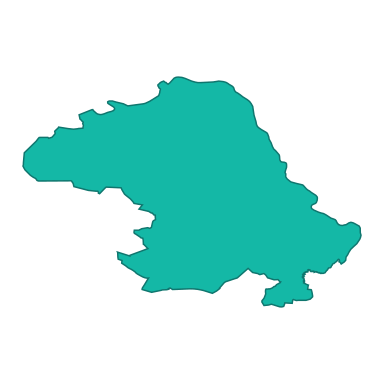 outline of Padures pag., Kuldigas, Latvia
{"feature_id": "27541924B64598034075876", "entity_name": "Padures pag.", "entity_type": "district", "adm_level": 2, "iso_a3": "LVA", "parent_name": "Latvia", "parent_adm1": "Kuldigas", "projection": "equal_earth", "projection_center": [21.889, 57.036], "detail": "fine", "context": "isolated", "style": "filled", "palette": "teal", "viewbox_px": 384, "rotation_deg": 0, "n_neighbors": 0, "source": "geoboundaries", "source_scale": "gbopen_adm2", "svg_char_len": 5955}
<svg xmlns="http://www.w3.org/2000/svg" viewBox="0 0 384 384"><path d="M99.6,193.7L104.9,188.2L106.2,187.1L121.1,187.8L122.0,189.9L124.5,194.1L126.0,195.4L130.3,198.8L133.1,201.9L134.0,203.4L142.4,204.9L139.0,209.1L148.7,211.4L151.3,213.0L152.4,213.1L153.7,214.8L155.3,215.2L155.3,216.2L155.2,216.2L155.5,219.5L155.0,219.9L153.4,220.7L152.7,221.8L151.4,227.4L149.8,228.4L147.7,227.7L147.0,227.8L141.8,228.7L138.8,230.2L134.3,230.2L134.0,232.3L134.4,233.4L135.4,233.9L139.9,236.9L141.0,237.9L142.8,238.2L143.2,240.2L143.4,244.3L144.0,244.6L147.9,248.6L144.0,250.1L129.9,255.3L129.4,255.7L129.5,255.9L117.5,252.1L117.7,252.6L117.9,257.2L118.2,259.2L122.0,260.5L121.7,263.2L125.7,265.8L127.9,267.6L129.5,268.5L130.8,269.1L133.0,270.4L135.3,272.1L135.9,272.9L137.4,274.0L140.6,275.8L142.9,277.0L145.1,277.8L147.5,278.2L148.5,278.1L144.2,285.2L142.5,287.8L142.1,289.0L142.1,289.5L151.6,292.3L160.9,290.4L162.4,289.9L166.8,289.7L168.8,289.2L168.5,288.6L170.1,288.0L172.6,289.5L189.8,288.8L193.8,288.9L197.7,289.3L200.9,289.9L203.5,290.5L212.4,293.3L216.6,291.0L219.8,288.5L219.5,288.1L224.3,282.6L226.0,281.5L226.3,281.5L235.3,278.5L235.5,278.5L237.3,277.9L248.1,268.4L252.6,272.5L257.9,273.6L258.9,274.2L259.8,274.6L263.3,273.7L263.9,273.6L264.2,273.7L265.9,275.2L267.6,277.8L274.1,279.8L278.1,279.6L280.0,281.9L280.6,281.9L280.3,282.6L276.5,284.7L275.4,286.2L274.1,286.5L272.2,288.0L269.9,288.9L268.7,288.9L267.3,289.1L266.1,289.0L265.6,289.9L265.5,291.7L265.7,294.0L264.1,298.1L263.2,299.3L262.0,300.7L261.9,302.0L264.0,305.5L268.7,305.0L271.4,304.2L279.7,306.8L281.9,306.9L283.7,306.4L284.9,303.2L284.9,302.9L292.2,303.3L292.7,300.1L293.3,299.5L296.2,300.5L298.5,300.3L306.0,300.3L310.3,299.1L312.6,296.8L312.6,295.7L312.0,292.3L311.4,290.0L311.2,289.7L307.6,289.3L308.2,285.5L308.4,285.1L306.5,284.4L303.7,282.9L304.1,282.5L304.0,282.1L304.4,281.9L304.3,281.7L303.9,281.5L303.6,281.6L303.5,281.3L303.9,281.1L304.4,281.1L304.5,281.0L304.2,280.7L303.6,280.6L303.7,280.4L304.3,280.2L304.2,279.8L303.8,279.9L303.8,279.7L304.1,278.9L303.7,278.5L303.1,278.1L303.1,277.8L302.7,277.4L303.3,277.4L303.6,277.2L303.1,276.5L303.9,276.2L303.1,275.6L302.9,275.4L302.9,275.2L303.9,275.2L304.1,275.0L304.2,274.9L304.1,274.7L304.9,274.3L304.6,274.1L303.4,273.9L304.0,273.5L303.9,273.1L304.6,273.0L304.5,272.8L305.2,272.0L305.6,272.1L305.5,272.4L305.9,272.3L306.0,272.1L306.0,271.8L306.2,271.7L306.5,271.6L306.9,272.0L307.4,272.0L307.2,271.6L307.3,271.4L307.6,271.3L308.2,271.0L308.2,270.9L308.0,270.1L308.3,270.0L308.1,269.8L308.5,269.6L309.0,269.9L309.5,269.7L309.7,269.8L309.8,270.2L310.1,270.2L310.1,270.8L310.9,271.5L311.2,271.2L311.8,271.3L312.3,271.2L313.2,271.1L313.5,271.2L313.1,271.5L313.8,271.5L314.4,271.8L314.2,271.9L314.2,272.3L315.3,271.9L316.4,271.9L316.3,271.7L316.6,271.7L316.8,271.8L316.7,272.0L316.8,272.2L318.5,272.7L318.9,273.0L319.1,273.0L319.0,272.7L319.4,272.7L319.5,272.7L319.5,273.0L320.3,273.2L320.8,273.5L321.4,273.4L321.2,273.2L321.4,273.1L322.0,273.3L323.1,273.4L324.9,272.8L325.2,272.6L325.9,271.4L326.4,271.0L326.5,270.7L326.9,270.3L327.4,270.0L327.9,269.1L328.4,268.2L328.8,267.9L330.1,267.8L330.7,267.5L331.2,266.8L331.4,266.0L332.0,265.4L332.2,265.1L332.4,264.4L333.1,263.7L334.0,263.5L335.4,262.2L336.4,261.6L336.7,261.3L336.9,261.1L337.8,259.8L338.4,259.3L338.9,259.4L339.2,259.6L339.2,259.9L339.5,260.4L339.5,260.6L339.1,261.0L339.0,261.6L339.0,261.8L339.8,262.1L340.6,262.7L340.8,263.5L341.2,264.0L344.2,262.0L345.7,260.3L346.0,257.2L347.2,255.4L347.7,254.7L348.8,252.4L350.7,249.4L353.7,246.5L356.8,243.7L359.8,239.2L360.5,237.4L361.0,235.2L360.3,232.7L360.2,228.1L359.2,226.1L354.7,223.6L353.0,222.8L350.9,222.3L348.9,222.9L346.1,224.7L344.2,225.0L342.5,225.5L340.4,225.3L338.5,224.5L337.1,222.8L336.1,220.7L335.2,219.7L333.8,219.1L330.9,218.1L326.2,215.0L323.6,213.6L321.1,213.0L318.4,212.1L313.9,210.1L311.6,208.5L311.2,206.8L311.6,205.5L312.4,204.7L315.2,203.5L316.3,202.6L317.2,200.1L317.4,197.9L317.1,196.8L315.8,195.3L311.4,192.5L309.5,191.0L307.7,190.0L306.4,188.9L303.2,185.3L302.2,184.8L296.6,183.5L291.1,182.0L289.9,181.2L287.2,179.0L286.0,177.3L285.7,176.6L285.8,173.9L285.0,172.6L285.6,170.1L286.5,167.5L286.6,166.0L286.5,163.9L285.9,162.9L284.4,162.3L281.8,162.0L280.8,161.6L279.8,159.9L279.5,156.0L279.1,154.8L275.5,150.6L273.8,149.1L272.5,146.7L271.1,142.8L269.1,139.2L268.7,136.8L267.9,134.7L267.3,133.3L266.2,132.4L261.4,129.6L258.8,127.8L257.4,126.5L256.5,124.5L255.9,121.4L254.0,115.1L252.7,106.4L251.2,103.7L249.6,101.5L247.3,99.7L242.7,96.8L240.2,94.8L237.9,93.2L235.7,92.0L234.5,90.4L233.7,87.8L233.2,87.1L232.5,86.4L231.6,85.8L229.0,84.3L228.1,83.6L226.8,82.8L225.8,82.3L223.2,81.6L218.8,81.1L213.2,82.0L200.9,82.6L197.8,82.6L195.1,82.1L191.6,81.1L185.1,78.4L181.9,77.4L178.2,77.1L176.9,77.2L175.8,77.4L174.1,78.2L169.8,82.9L168.1,84.2L167.1,83.6L166.0,82.5L165.5,82.5L164.9,82.1L163.7,81.1L161.3,82.0L159.9,82.9L159.6,83.4L158.0,84.7L157.9,85.8L158.8,87.2L158.9,87.8L160.4,89.0L160.3,89.9L160.0,90.7L159.7,92.8L158.9,95.1L158.4,95.9L149.5,101.4L145.4,103.3L143.5,103.8L127.8,105.9L123.4,103.8L116.2,102.1L112.4,101.0L109.3,101.0L108.3,101.4L107.7,101.8L107.7,102.9L108.0,103.4L109.0,104.1L113.3,106.8L114.1,107.5L114.5,108.3L114.6,108.9L114.4,109.5L113.4,110.6L111.5,111.4L107.7,112.4L104.2,113.8L102.1,114.4L100.7,114.6L99.7,114.5L97.5,114.0L96.3,113.2L93.4,110.6L92.8,109.6L91.9,109.7L79.1,114.8L80.0,119.1L80.9,119.8L81.8,120.9L83.2,122.2L82.7,123.7L83.4,125.2L82.9,128.2L78.5,128.5L77.3,128.8L73.5,129.2L68.0,128.6L58.6,127.1L58.3,127.8L54.9,131.0L54.7,131.5L55.2,133.2L54.9,134.0L52.1,137.2L48.7,138.3L47.9,137.4L40.7,137.4L39.2,137.5L38.4,138.3L36.1,141.3L24.3,152.8L23.4,163.0L23.4,164.4L23.0,166.1L24.1,168.3L25.1,170.0L30.4,175.3L33.3,177.3L35.3,178.3L35.9,178.8L36.9,180.3L37.3,180.6L38.6,181.0L71.1,180.8L71.8,181.3L72.3,182.3L73.2,183.5L73.6,185.4L73.9,186.1L73.9,186.6L88.4,190.4L96.1,191.2L97.8,191.2L98.4,192.2L98.4,193.2L99.6,193.7Z" fill="#14b8a6" stroke="#0f766e" stroke-width="1.5"/></svg>